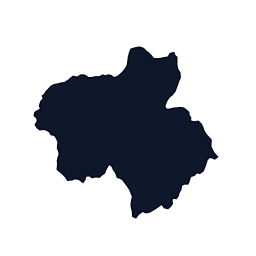 the district of Fortaleza de Minas, Minas Gerais, Brazil, rotated 195°
{"feature_id": "56859067B97541071314937", "entity_name": "Fortaleza de Minas", "entity_type": "district", "adm_level": 2, "iso_a3": "BRA", "parent_name": "Brazil", "parent_adm1": "Minas Gerais", "projection": "mercator", "projection_center": [-46.773, -20.89], "detail": "fine", "context": "isolated", "style": "filled", "palette": "ink", "viewbox_px": 256, "rotation_deg": 195, "n_neighbors": 0, "source": "geoboundaries", "source_scale": "gbopen_adm2", "svg_char_len": 2224}
<svg xmlns="http://www.w3.org/2000/svg" viewBox="0 0 256 256"><g transform="rotate(195 128 128)"><path d="M149.9,70.8L146.7,72.5L142.8,73.2L141.4,75.7L139.1,78.4L138.8,81.7L137.9,85.5L136.7,88.3L133.4,86.9L131.2,84.0L129.0,82.3L127.2,80.2L125.6,77.7L122.5,77.5L119.8,76.8L117.1,74.6L113.4,71.7L110.2,68.9L107.9,65.7L105.8,63.0L105.6,58.4L104.9,54.0L103.5,51.2L102.0,48.5L100.5,43.9L97.2,43.4L95.7,47.2L92.3,51.5L88.7,50.8L85.3,52.6L81.7,56.2L78.7,59.7L75.6,63.3L72.3,60.5L68.6,60.5L66.7,63.5L65.7,66.4L66.8,69.0L66.9,72.0L63.2,72.4L62.1,75.2L62.0,78.9L61.1,83.0L61.6,86.6L58.8,88.7L55.7,89.5L55.3,92.9L55.1,97.4L51.9,99.4L50.0,102.8L47.0,102.8L44.4,106.0L43.8,109.7L43.6,114.0L43.4,117.8L41.8,120.8L38.8,121.1L36.2,120.6L34.1,123.3L38.5,126.0L41.2,128.9L43.3,131.4L43.9,134.2L44.7,138.0L47.6,139.8L50.2,141.4L52.5,143.4L54.5,145.5L56.2,148.2L58.3,150.6L61.8,152.6L66.1,150.8L69.6,150.9L70.3,154.3L72.5,156.0L73.4,158.8L76.3,160.3L79.4,161.6L82.8,161.2L85.5,160.1L89.2,158.8L92.7,156.8L95.9,155.9L98.2,158.3L98.0,161.6L97.6,164.6L96.2,168.5L94.0,171.5L92.2,175.6L91.6,181.9L91.3,186.6L90.7,190.3L92.3,194.8L95.3,197.6L97.3,201.6L98.4,205.7L99.3,209.0L101.7,210.3L103.2,212.6L106.4,210.9L107.7,206.7L111.3,205.2L114.4,203.5L118.4,202.1L121.3,201.6L124.5,203.9L127.2,205.6L129.8,206.5L133.7,208.8L137.7,209.1L141.6,207.3L145.5,204.8L145.9,201.1L145.9,197.3L145.4,193.0L144.8,188.8L145.5,185.6L146.7,182.2L148.7,178.6L151.7,174.6L154.7,172.8L157.9,174.2L161.0,174.0L163.2,172.2L165.9,172.6L168.9,169.9L172.8,168.9L176.2,167.1L179.1,166.3L183.7,167.8L187.2,166.9L190.5,163.7L194.3,163.7L196.1,161.4L197.8,158.8L200.7,155.5L204.0,154.1L206.7,152.5L210.3,150.8L213.2,148.2L214.8,144.9L216.5,142.0L217.3,139.1L218.9,136.8L217.2,134.6L218.9,131.4L219.2,126.7L217.2,123.6L219.7,121.4L221.9,118.9L221.7,115.7L218.5,114.0L217.2,111.1L218.4,107.3L215.9,104.8L212.6,103.5L208.9,105.1L205.9,104.9L202.8,104.0L200.5,101.7L197.2,102.0L194.2,99.5L191.7,96.2L191.4,93.1L190.8,90.2L189.1,88.0L187.4,84.8L187.8,81.4L187.6,78.1L186.4,74.6L185.6,69.7L182.9,68.4L179.3,66.8L175.5,64.5L172.8,61.9L168.8,63.5L165.9,65.5L162.2,65.8L157.4,63.9L156.3,67.1L156.6,70.6L152.7,72.0L149.9,70.8Z" fill="#0f172a" stroke="#020617" stroke-width="1.5"/></g></svg>